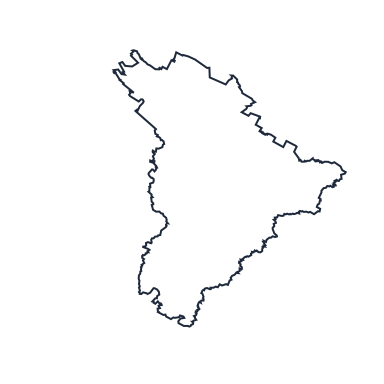 the district of Tlalixcoyan, Veracruz, Mexico, rotated 298°
{"feature_id": "50627088B62084484750594", "entity_name": "Tlalixcoyan", "entity_type": "district", "adm_level": 2, "iso_a3": "MEX", "parent_name": "Mexico", "parent_adm1": "Veracruz", "projection": "equal_earth", "projection_center": [-96.202, 18.773], "detail": "fine", "context": "isolated", "style": "outline", "palette": "slate", "viewbox_px": 384, "rotation_deg": 298, "n_neighbors": 0, "source": "geoboundaries", "source_scale": "gbopen_adm2", "svg_char_len": 6038}
<svg xmlns="http://www.w3.org/2000/svg" viewBox="0 0 384 384"><g transform="rotate(298 192 192)"><path d="M289.0,73.1L288.9,74.5L285.4,73.2L285.1,74.5L283.7,74.1L280.8,83.7L274.7,80.2L272.0,73.8L274.1,69.5L271.5,67.4L266.3,75.6L265.3,74.6L264.1,77.5L263.0,74.4L265.5,69.3L262.8,65.6L262.0,67.8L261.0,66.6L260.4,67.6L261.2,68.6L257.0,75.9L258.0,77.2L256.8,76.0L256.0,80.6L255.0,80.4L252.4,94.0L251.5,89.9L250.2,91.2L248.3,90.8L247.6,92.2L246.9,102.5L249.8,103.4L250.5,104.8L250.3,105.4L249.3,106.8L247.4,106.8L243.5,105.6L238.5,105.8L238.9,104.8L237.0,104.0L230.6,130.7L228.8,130.2L226.2,132.3L226.2,135.1L224.6,134.9L225.0,137.2L224.6,138.9L223.1,140.1L223.8,141.1L223.3,143.2L221.3,144.9L220.1,144.1L217.7,144.8L214.6,142.2L213.7,140.1L210.6,141.2L209.9,139.4L210.2,138.0L209.7,138.0L208.6,138.8L208.1,141.3L205.2,140.7L203.4,142.8L201.9,142.7L201.7,144.2L200.8,143.7L200.2,140.3L199.0,140.9L199.8,144.6L199.4,144.5L198.3,147.9L197.4,148.1L197.7,148.8L197.0,149.8L196.3,149.1L194.8,149.7L192.6,149.2L193.5,147.0L193.2,146.1L188.3,144.9L187.2,145.3L186.0,147.3L185.4,149.5L185.8,149.9L185.6,151.8L184.1,152.9L182.1,153.3L179.7,151.0L177.5,152.5L176.7,151.9L176.3,152.9L175.6,152.5L172.5,154.0L171.8,153.5L170.8,157.5L169.4,158.1L168.9,159.7L167.7,158.6L164.4,161.1L163.9,163.1L162.9,163.6L161.7,162.5L158.0,166.0L157.8,169.6L159.4,172.4L158.6,174.9L159.2,176.4L157.7,178.0L157.1,181.2L155.5,182.8L154.0,183.0L153.0,185.4L152.7,184.6L151.1,184.4L150.2,184.8L150.1,185.5L148.9,185.5L143.5,182.9L139.1,184.2L137.8,182.5L136.7,182.5L135.2,180.3L133.1,179.9L132.2,178.4L130.6,178.4L128.3,180.2L127.5,180.0L127.1,176.7L125.4,175.3L123.6,176.5L122.1,176.3L120.4,173.9L121.1,180.0L120.9,181.6L118.9,180.6L118.3,181.7L117.9,180.7L116.8,180.9L116.0,179.9L115.1,180.3L113.3,179.1L113.3,178.2L112.1,178.0L110.5,179.0L110.2,181.1L108.5,180.8L106.9,183.2L104.0,181.7L103.5,182.7L101.8,182.2L101.6,182.8L99.8,183.2L98.4,184.3L97.6,183.7L95.6,184.6L93.5,184.3L90.4,185.6L88.9,187.3L86.0,188.3L84.0,190.3L82.8,190.0L80.4,192.4L78.8,192.1L78.4,193.3L77.5,193.7L78.1,195.1L80.4,195.9L81.3,199.5L81.0,200.5L83.3,202.3L89.0,203.2L89.5,204.4L89.5,206.9L88.5,209.4L86.0,211.3L83.7,210.1L81.7,210.9L80.9,209.5L76.7,208.4L77.0,209.7L76.2,210.1L76.1,212.1L79.4,213.2L78.4,215.4L79.0,216.6L78.5,217.9L77.9,218.3L76.9,216.5L75.8,215.9L74.4,218.2L72.9,216.4L70.6,217.9L70.5,218.8L70.0,218.6L70.0,224.5L71.3,226.1L69.9,227.5L69.9,233.1L72.4,234.4L73.0,236.2L75.4,239.3L77.4,239.4L78.0,242.9L77.2,244.3L74.9,241.3L71.5,240.6L69.9,241.7L69.9,247.7L71.8,251.3L71.9,252.8L73.1,253.7L74.3,253.6L75.7,254.9L77.0,254.6L77.5,253.2L77.8,253.8L78.9,253.6L81.1,255.8L82.2,253.6L83.0,253.4L83.4,252.0L85.3,253.4L86.9,253.1L87.1,251.8L88.3,251.4L88.6,252.5L90.0,252.7L90.3,252.0L91.9,253.5L92.6,253.1L92.8,251.5L94.0,251.2L94.1,250.3L97.4,249.9L98.5,250.1L98.4,251.7L99.2,250.9L100.7,251.3L101.5,253.1L102.7,252.7L103.5,251.4L104.9,251.4L107.1,248.9L107.1,247.7L109.8,247.5L110.9,248.0L111.0,248.9L112.6,248.6L114.2,250.2L114.6,253.6L115.1,254.1L116.2,253.3L117.5,255.8L119.6,257.4L120.0,259.5L123.5,259.8L123.5,262.4L126.7,265.4L126.8,267.3L131.6,266.8L133.1,268.0L134.4,266.4L136.9,266.8L138.9,268.5L141.3,268.9L142.1,270.8L142.5,269.5L144.7,271.2L146.8,270.0L146.8,272.1L147.4,272.2L149.0,271.3L149.4,269.3L151.0,268.9L151.4,266.8L152.7,266.3L153.2,267.5L154.3,268.1L155.2,266.7L156.1,269.0L156.8,268.2L159.8,269.4L160.1,270.4L161.2,270.8L161.4,272.2L164.2,273.9L165.3,273.0L166.6,273.6L167.3,273.1L167.6,274.7L169.8,274.8L169.6,276.2L170.7,276.7L170.1,278.9L170.8,280.7L172.8,281.7L174.8,280.7L176.2,280.9L176.6,280.0L177.3,280.3L178.0,282.0L178.6,280.6L179.5,281.7L181.5,278.1L182.1,279.0L181.7,280.3L182.6,278.9L182.7,280.8L184.8,280.3L188.0,281.7L188.8,283.2L190.7,284.0L191.3,286.5L192.6,287.9L193.4,287.2L194.2,284.0L197.2,280.6L198.4,280.0L200.4,280.7L202.2,279.1L204.1,280.6L205.4,279.3L205.9,277.2L207.4,278.5L208.3,277.2L209.6,279.1L212.0,278.9L213.0,282.5L214.0,283.9L216.0,283.8L216.3,285.3L217.5,286.2L217.8,288.3L218.8,289.0L218.7,289.9L220.3,291.2L220.3,292.3L221.5,293.7L223.0,294.6L223.4,296.8L224.9,295.7L225.9,296.1L226.2,297.9L226.9,298.3L226.9,300.0L228.3,302.2L228.6,304.5L229.9,305.6L229.7,310.2L234.1,312.2L234.7,313.8L237.3,313.1L237.4,309.2L240.0,308.9L241.4,309.8L245.2,308.8L245.2,309.4L246.2,308.8L246.3,306.7L252.4,306.5L253.9,305.7L257.2,306.4L258.5,308.2L260.8,308.6L261.4,310.6L262.4,311.1L262.2,313.7L263.0,314.6L263.8,313.9L264.8,315.2L265.1,313.6L265.8,314.7L266.5,312.9L268.4,313.9L268.7,312.7L270.7,314.0L270.3,315.0L270.7,316.5L272.5,316.6L273.8,317.9L277.2,315.5L280.0,318.3L281.7,318.4L281.8,314.4L284.3,311.2L285.1,303.7L282.9,301.9L282.6,298.1L281.0,294.9L279.1,293.3L278.2,293.7L279.4,292.2L278.7,291.5L279.2,291.4L278.8,290.8L279.2,290.6L278.9,290.1L279.5,288.6L278.7,287.4L278.0,288.1L277.6,287.5L278.2,287.3L277.9,286.0L277.2,286.0L277.8,284.6L277.7,283.3L278.4,282.8L274.7,281.2L273.6,279.0L272.4,278.3L272.5,276.9L271.5,276.9L270.2,274.5L271.3,272.7L270.1,272.0L272.0,270.3L275.4,263.3L281.2,263.1L281.5,261.7L281.4,251.4L274.5,251.5L274.7,240.1L279.1,240.1L279.7,234.8L279.1,231.6L278.1,231.6L278.2,230.3L277.3,230.2L277.4,229.0L276.9,229.1L276.9,226.6L278.0,226.6L278.0,225.2L277.3,225.2L277.4,223.1L281.2,223.5L281.3,216.7L288.8,216.6L289.0,217.4L290.5,216.8L289.1,206.8L285.8,206.1L285.8,198.4L291.0,201.0L293.3,200.8L293.4,200.1L295.5,203.1L296.5,203.8L297.5,202.8L300.9,205.5L301.3,202.7L302.4,201.2L302.9,190.0L304.6,188.6L306.7,184.2L307.7,184.9L309.1,183.4L309.2,182.1L310.3,181.2L310.2,180.2L312.5,179.1L314.1,173.7L313.4,172.2L313.2,173.2L311.7,173.2L311.0,174.0L307.8,172.0L302.8,171.3L301.5,153.9L309.9,149.0L308.6,147.1L310.4,132.6L310.0,125.2L308.8,119.8L308.0,119.6L307.9,112.5L302.0,113.7L300.1,113.2L299.9,115.1L298.8,115.2L298.7,112.0L288.7,112.1L288.7,107.2L286.2,107.2L286.6,104.3L285.6,105.9L285.0,105.7L283.2,101.9L284.1,95.4L283.8,92.9L284.8,90.2L284.9,87.9L286.3,85.2L285.4,85.2L285.6,84.1L288.7,80.4L289.1,78.6L290.4,77.5L289.8,74.0L289.0,73.1Z" fill="none" stroke="#1e293b" stroke-width="2"/></g></svg>